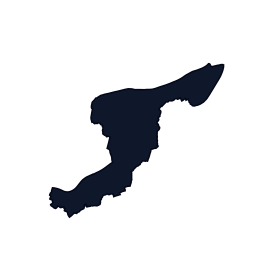 Ibadan North East, Oyo, Nigeria, rotated 38°
{"feature_id": "59680162B74859155842016", "entity_name": "Ibadan North East", "entity_type": "district", "adm_level": 2, "iso_a3": "NGA", "parent_name": "Nigeria", "parent_adm1": "Oyo", "projection": "equal_earth", "projection_center": [3.928, 7.378], "detail": "fine", "context": "isolated", "style": "filled", "palette": "ink", "viewbox_px": 256, "rotation_deg": 38, "n_neighbors": 0, "source": "geoboundaries", "source_scale": "gbopen_adm2", "svg_char_len": 5864}
<svg xmlns="http://www.w3.org/2000/svg" viewBox="0 0 256 256"><g transform="rotate(38 128 128)"><path d="M164.5,19.4L164.0,19.6L163.7,19.6L162.0,21.0L160.9,22.6L160.6,23.3L160.4,23.3L160.2,23.2L156.2,28.2L155.3,28.2L154.0,27.7L153.3,27.3L153.1,27.3L152.8,27.3L152.3,27.4L151.9,27.7L151.6,30.3L150.9,32.4L149.8,34.9L146.9,39.8L144.3,43.5L143.9,44.2L141.1,50.7L139.4,56.1L138.9,57.2L137.5,60.3L136.2,62.6L135.4,63.9L134.9,64.9L133.4,67.5L131.3,70.9L127.5,76.5L125.2,80.1L123.1,82.8L122.1,83.6L121.4,84.3L121.0,84.6L119.3,85.9L117.6,87.5L109.5,93.7L107.2,94.7L104.1,96.9L102.0,99.3L97.4,105.2L95.0,108.1L91.4,112.8L89.2,115.4L89.3,115.4L86.4,119.2L84.9,123.5L84.6,124.0L84.1,124.5L84.2,124.9L84.3,126.1L84.1,128.0L84.0,128.9L84.0,129.9L84.3,130.5L84.9,131.5L85.2,132.4L86.1,133.8L86.6,134.4L86.9,134.7L87.3,134.8L88.0,134.6L89.1,136.4L89.6,137.4L92.2,142.2L92.7,142.9L93.2,143.5L96.1,145.7L96.7,145.1L97.7,144.9L98.3,145.3L98.9,145.3L99.7,144.3L101.3,143.1L101.2,142.5L102.0,141.7L103.4,141.6L104.0,142.0L105.0,142.0L105.5,141.5L106.3,141.7L106.7,142.4L107.1,142.8L107.7,142.7L108.5,143.5L108.9,144.6L109.5,145.8L110.6,146.6L111.8,148.1L113.7,148.1L115.2,147.8L116.7,148.0L117.5,146.6L119.3,146.2L119.9,147.3L121.4,150.6L123.4,155.2L124.1,156.9L125.6,156.6L126.9,156.5L127.4,156.8L129.3,158.6L132.6,160.6L133.8,161.6L134.3,162.3L135.0,163.0L135.7,163.7L137.0,164.5L136.1,167.3L134.5,173.2L133.4,176.7L132.0,180.1L131.0,182.0L129.6,184.9L129.5,185.5L129.0,185.6L125.6,192.1L125.1,193.5L124.3,196.3L124.1,198.0L124.0,200.1L124.0,205.7L123.8,208.0L123.4,209.7L122.9,211.1L122.2,212.6L121.3,214.0L120.1,215.4L118.5,216.5L116.6,217.4L114.2,217.9L111.5,218.6L109.6,219.3L107.2,220.4L105.3,221.6L105.4,222.1L105.8,222.8L106.2,224.0L106.6,224.9L107.0,225.3L107.2,225.7L107.2,226.0L106.9,227.0L107.0,227.3L107.2,227.6L107.2,228.3L107.6,229.2L108.8,229.2L109.2,229.1L109.4,229.2L109.8,231.1L109.8,231.5L110.2,232.1L110.4,232.2L110.9,232.0L111.9,231.7L112.6,231.3L112.9,231.2L113.3,232.0L113.7,232.4L114.4,232.9L114.7,233.4L114.7,234.1L114.5,235.2L114.4,235.5L114.1,235.7L114.1,236.0L114.7,236.4L115.5,236.6L117.0,236.4L118.8,236.5L119.4,236.4L120.5,236.0L120.6,235.8L120.8,235.1L120.9,233.7L120.8,232.7L122.3,232.3L123.0,232.4L123.5,232.4L123.9,232.2L124.2,232.0L124.1,231.6L124.3,231.4L124.9,231.1L125.1,230.9L125.8,229.9L126.2,229.6L126.5,229.5L127.0,230.7L127.1,230.8L128.0,230.3L128.3,230.6L128.6,232.2L128.8,232.3L129.0,232.4L129.6,232.2L131.0,231.7L131.4,231.6L131.7,231.7L132.1,231.8L132.8,232.2L133.4,232.8L134.1,233.3L135.7,234.0L136.8,234.3L137.1,233.2L137.4,232.0L137.6,230.7L137.9,228.2L138.2,228.2L138.4,227.7L138.6,227.6L139.3,227.3L140.2,226.9L140.2,225.6L140.4,225.2L140.6,224.9L140.8,224.4L141.0,224.3L141.1,223.8L141.2,223.1L140.9,222.7L141.0,222.4L142.8,218.7L142.4,217.7L141.0,215.3L141.0,215.2L142.0,214.0L142.9,215.4L143.1,215.3L143.7,214.7L144.1,215.5L144.3,215.4L145.2,214.2L146.3,213.1L147.3,211.5L147.7,211.4L148.2,211.1L148.4,210.9L148.9,210.1L151.5,208.4L152.1,207.3L152.9,205.6L152.9,205.2L152.2,203.7L151.9,203.3L151.5,203.1L151.4,202.8L151.2,202.3L150.8,201.8L150.7,201.4L150.9,200.9L150.9,200.6L150.5,199.9L150.4,199.8L150.3,199.5L150.2,199.1L150.4,198.5L150.4,198.3L150.0,197.1L150.0,196.3L150.1,196.1L150.3,195.9L150.7,195.3L151.4,194.5L151.6,194.1L151.6,193.7L152.1,192.9L152.4,192.8L153.1,192.6L153.6,192.3L154.0,192.3L154.4,191.9L155.3,190.1L156.3,189.8L156.9,189.3L157.2,189.2L157.7,189.9L158.0,190.0L158.3,190.2L159.0,190.9L160.4,188.7L161.4,187.4L162.7,185.4L162.8,185.3L161.3,184.4L161.5,184.0L162.2,182.5L162.5,181.8L163.3,180.7L163.9,179.9L164.4,179.4L164.0,178.6L163.7,178.8L163.6,178.7L161.9,177.0L162.4,175.9L163.2,174.7L164.1,173.7L165.4,172.5L165.0,171.6L164.1,169.2L163.7,169.4L163.2,167.4L162.7,166.3L162.3,165.9L161.6,165.1L158.5,161.1L158.2,160.9L157.6,160.7L157.6,160.4L157.7,159.6L158.1,158.6L158.1,158.0L158.0,156.9L157.9,156.2L158.2,154.9L158.3,154.2L158.3,153.3L158.4,153.0L159.3,151.6L159.5,150.4L160.0,149.3L159.7,148.6L159.5,148.3L159.5,148.2L159.5,147.7L159.7,147.0L159.8,145.9L159.5,145.2L159.6,144.8L160.4,144.6L161.1,144.0L162.2,143.5L162.5,142.9L162.8,142.6L163.6,142.3L163.8,142.1L163.6,141.4L163.0,140.0L162.6,138.4L161.7,136.1L161.3,135.3L160.5,133.0L159.9,131.7L159.4,131.1L159.3,130.9L159.4,130.5L159.7,130.0L160.0,129.8L160.5,129.2L161.3,127.8L161.7,127.4L162.5,126.8L162.8,125.2L162.8,124.8L163.0,124.4L163.0,124.2L162.9,123.8L162.7,123.6L162.3,123.7L162.2,123.9L161.7,123.9L161.5,123.0L160.8,122.1L160.6,121.9L160.2,121.8L159.8,121.4L159.4,120.5L158.8,119.7L158.4,119.3L157.6,118.9L157.4,118.6L157.2,118.0L156.5,117.0L156.1,116.4L155.2,115.7L154.9,115.3L154.7,114.8L153.9,113.8L153.6,113.6L153.1,112.4L153.4,110.6L153.4,110.2L153.2,109.1L153.0,108.7L152.8,108.4L152.6,108.1L152.2,107.9L151.8,108.0L151.4,107.9L151.1,107.7L150.7,107.3L150.4,107.1L150.0,106.9L149.8,106.6L149.1,106.4L148.1,106.3L147.7,106.1L147.4,105.5L147.2,105.0L147.3,104.6L147.4,104.1L147.4,103.7L147.3,103.1L147.2,102.8L146.8,102.1L146.1,102.0L145.5,101.6L145.9,99.0L145.2,98.5L144.8,96.9L144.0,95.1L143.5,94.7L143.1,94.4L142.8,94.4L142.5,94.3L142.0,94.4L140.8,94.0L140.6,91.3L140.6,89.9L141.4,90.1L141.5,88.8L141.9,85.1L142.0,84.1L142.2,83.7L142.3,83.5L142.7,83.4L143.4,82.9L143.5,82.5L143.6,80.9L144.1,80.8L144.5,80.6L146.0,79.5L147.0,77.8L147.0,77.6L146.8,77.2L147.2,75.9L148.5,74.7L148.9,74.3L149.3,74.8L149.5,74.7L150.3,73.2L150.5,72.7L150.8,72.0L151.7,72.6L153.7,73.6L154.0,73.0L154.3,72.2L154.9,69.4L155.7,69.7L156.6,70.4L157.4,68.5L157.9,68.6L159.6,69.3L160.2,70.0L161.4,70.0L161.6,70.1L162.2,70.7L162.6,70.8L163.2,70.6L163.4,70.5L163.7,70.4L164.9,70.8L165.2,70.7L165.8,70.3L166.4,70.1L166.8,69.7L168.0,68.0L169.0,66.8L170.2,64.7L171.5,61.1L172.0,56.5L171.6,51.6L169.3,32.2L168.8,29.6L168.0,26.7L167.5,25.1L167.0,23.8L166.5,22.7L166.2,22.3L166.1,21.7L164.5,19.4Z" fill="#0f172a" stroke="#020617" stroke-width="1.5"/></g></svg>